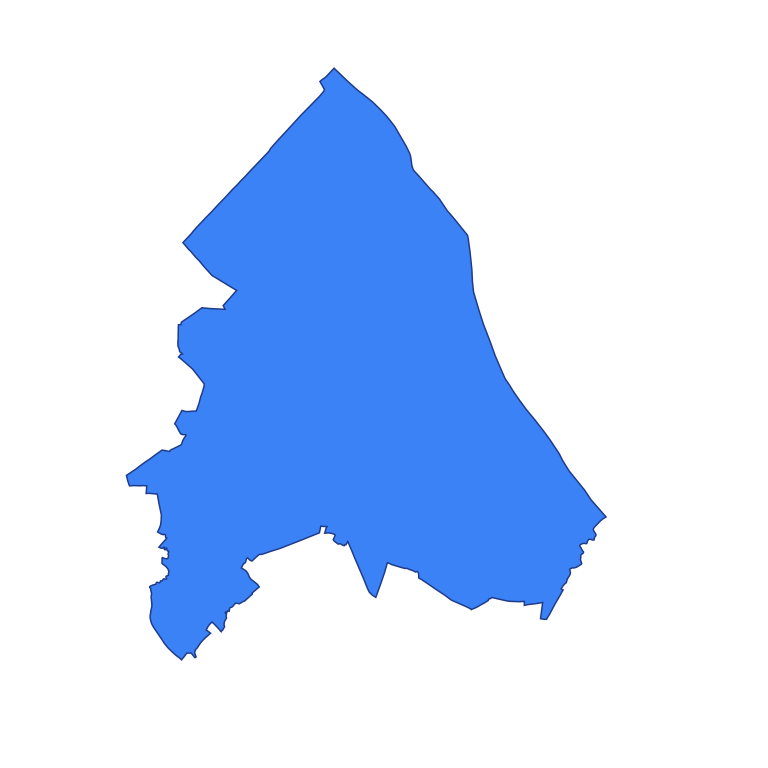 the district of Lai Vung, Can Tho, Vietnam, rotated 189°
{"feature_id": "81297802B97779454887068", "entity_name": "Lai Vung", "entity_type": "district", "adm_level": 2, "iso_a3": "VNM", "parent_name": "Vietnam", "parent_adm1": "Can Tho", "projection": "orthographic", "projection_center": [105.672, 10.244], "detail": "fine", "context": "isolated", "style": "filled", "palette": "blue", "viewbox_px": 768, "rotation_deg": 189, "n_neighbors": 0, "source": "geoboundaries", "source_scale": "gbopen_adm2", "svg_char_len": 6131}
<svg xmlns="http://www.w3.org/2000/svg" viewBox="0 0 768 768"><g transform="rotate(189 384 384)"><path d="M604.7,492.2L598.3,486.6L595.9,485.0L589.9,479.8L585.7,476.7L581.0,472.5L570.9,464.3L550.7,456.0L544.2,453.4L550.7,443.1L555.1,436.3L552.7,432.9L567.6,431.3L575.8,430.8L582.5,424.0L593.8,413.4L593.8,410.9L596.3,410.4L595.7,405.3L594.4,396.4L594.1,392.7L593.4,389.2L591.6,386.1L590.9,384.0L587.8,382.2L589.4,381.4L591.2,378.5L588.2,376.9L576.0,369.2L574.2,367.7L561.6,356.0L561.4,353.6L562.2,346.8L563.0,342.9L563.7,335.8L565.2,327.9L569.1,327.2L572.8,326.2L575.8,325.8L579.4,326.3L581.8,319.6L584.5,311.9L583.0,310.7L581.6,309.0L579.2,305.6L576.9,302.9L575.9,302.6L574.0,302.6L572.3,302.9L571.6,302.6L571.7,301.7L572.9,299.4L573.9,296.7L574.4,293.7L575.0,292.0L582.6,286.7L583.8,286.0L584.9,284.9L585.1,283.9L585.6,283.8L588.9,284.0L592.9,284.0L599.5,277.5L604.6,272.3L605.3,271.8L607.6,269.6L612.7,264.5L615.5,261.4L621.4,255.9L624.1,253.5L621.9,248.1L619.5,243.6L614.8,244.6L610.3,245.1L605.2,246.1L602.4,246.2L602.2,244.2L601.8,238.7L598.3,239.3L590.7,239.8L587.7,231.1L583.4,219.8L582.8,214.8L582.6,209.8L583.4,206.1L584.5,202.5L580.3,200.8L578.2,200.7L577.9,201.2L577.0,201.0L576.4,200.7L576.0,200.1L576.0,199.2L575.7,198.4L575.2,198.0L574.5,197.9L574.8,197.1L578.5,191.4L580.8,187.6L578.9,187.1L577.4,187.0L576.8,187.3L575.7,188.4L575.3,188.1L575.2,186.8L575.0,186.2L574.6,186.0L574.1,186.1L573.8,186.5L573.5,187.8L573.2,188.0L572.9,187.8L572.3,185.9L571.9,185.3L571.2,185.2L570.4,185.2L570.7,182.1L569.9,180.6L570.2,178.0L570.8,177.5L571.9,177.3L573.1,177.3L575.7,177.9L575.9,177.6L576.0,177.3L575.9,176.5L575.6,175.3L575.4,173.4L575.1,171.9L570.6,169.6L570.2,168.9L569.4,168.5L568.7,167.7L568.0,166.7L567.4,165.7L567.1,165.0L567.3,162.5L567.0,161.9L567.0,161.4L567.5,161.0L568.1,160.7L569.2,160.0L569.2,159.2L568.3,157.9L568.4,157.3L568.7,157.1L570.9,157.1L571.5,156.9L572.0,155.4L572.4,154.8L573.7,154.7L574.0,154.3L574.2,153.1L574.5,152.6L575.0,152.4L576.6,152.7L577.4,152.6L577.8,152.1L577.9,150.7L579.0,150.1L580.0,149.7L581.5,148.9L582.9,148.0L583.7,147.3L583.7,146.7L583.4,146.1L582.7,145.8L582.3,145.2L582.0,143.4L580.9,141.1L580.7,140.1L580.8,138.6L580.5,136.3L579.1,131.4L578.7,129.4L578.5,127.7L578.8,123.8L578.7,118.0L578.2,115.8L577.4,113.8L576.1,111.0L574.0,108.2L562.5,95.9L561.0,94.1L558.9,92.1L556.0,89.6L552.0,86.7L547.1,83.5L543.5,81.6L540.7,79.9L540.4,80.7L538.2,84.3L537.1,86.6L536.8,87.1L536.5,87.3L533.8,87.9L532.2,88.0L528.3,84.4L528.0,84.2L527.5,84.3L527.1,84.6L527.0,84.8L527.0,85.2L528.9,88.8L529.0,89.4L528.8,90.6L528.5,92.1L528.3,92.7L527.1,94.2L525.1,98.8L523.3,101.9L520.5,105.7L516.3,110.7L521.1,113.3L519.8,117.2L518.5,119.5L516.6,122.0L513.1,119.6L507.9,115.5L507.0,114.5L506.0,113.9L505.7,114.8L504.7,116.0L504.3,117.4L503.6,118.8L503.6,119.2L503.6,119.8L504.3,121.1L504.4,121.9L504.4,123.8L504.3,124.7L502.9,128.4L503.6,129.7L503.6,132.5L503.8,132.6L504.9,132.9L505.1,133.3L505.1,133.6L504.7,134.0L504.3,134.1L503.5,134.0L503.3,134.1L503.3,135.0L502.8,135.6L502.3,135.6L501.8,135.4L501.5,135.2L501.3,135.3L501.4,138.6L498.8,140.3L497.2,143.1L495.8,144.5L492.5,144.3L490.8,145.7L489.0,147.2L487.8,147.7L481.1,156.0L481.6,156.9L475.5,164.0L477.5,166.2L480.2,167.8L482.6,169.1L484.9,170.4L486.9,172.4L488.3,174.8L489.7,176.6L491.2,177.9L494.0,179.2L496.1,179.9L495.0,183.5L494.4,184.5L493.1,185.8L492.7,187.0L492.7,188.5L492.4,189.9L491.6,191.0L490.9,190.6L489.4,189.3L488.1,188.8L486.7,188.5L480.9,195.9L480.1,196.2L478.0,196.6L469.3,201.2L461.2,205.2L439.5,217.9L430.4,223.4L424.5,226.9L424.2,233.7L421.0,233.9L418.0,234.2L418.7,232.2L419.2,227.4L415.3,228.3L411.6,228.2L409.2,227.7L408.5,227.1L409.8,222.3L408.8,221.2L404.3,218.7L402.1,219.4L400.4,218.6L398.1,218.0L397.6,219.1L396.6,219.1L395.1,222.7L390.0,214.7L386.3,208.5L373.5,188.2L368.6,179.9L365.9,176.0L362.1,173.4L358.7,172.0L356.0,186.2L354.0,197.6L352.7,208.0L350.7,207.7L348.4,206.9L339.8,205.7L334.7,205.1L332.8,205.5L328.8,204.6L325.8,204.1L323.4,203.2L321.9,204.1L321.3,203.6L320.5,202.8L320.1,201.6L319.6,199.4L319.5,198.3L319.1,197.7L316.9,197.0L309.1,193.4L301.2,189.6L290.9,184.9L283.7,181.1L275.5,178.9L267.8,176.9L263.2,175.5L262.9,175.0L262.4,174.8L261.6,175.5L259.8,176.5L257.0,178.4L254.0,180.9L250.2,183.8L247.2,186.5L246.8,188.2L245.2,188.7L244.1,190.0L229.2,189.0L226.2,189.0L216.6,190.1L211.3,191.2L210.8,187.3L207.2,188.7L199.7,190.8L193.1,193.0L192.7,176.7L191.0,176.6L188.8,176.7L186.6,177.0L186.3,178.1L184.2,183.2L180.8,193.1L177.3,202.1L174.9,208.6L175.9,208.8L177.0,209.5L175.6,212.6L174.4,214.6L173.1,215.9L172.7,217.3L172.6,218.9L172.1,221.0L170.9,223.5L170.4,225.1L170.4,226.9L170.8,228.3L171.7,229.8L171.0,230.7L169.5,231.7L166.9,232.3L165.1,233.2L160.9,236.8L160.7,237.8L162.1,240.4L162.5,241.4L162.5,243.8L162.8,245.3L162.4,246.7L161.1,247.6L160.6,248.6L160.7,249.4L162.1,250.7L163.0,251.8L163.6,252.8L164.6,253.9L165.4,254.6L165.4,255.2L165.0,255.9L163.9,256.9L162.3,257.7L160.9,258.0L159.5,257.8L158.8,258.3L158.6,259.1L158.5,260.4L157.6,262.5L156.1,262.9L153.1,262.5L152.1,262.9L152.2,265.0L151.0,267.5L151.2,268.7L153.2,271.0L154.5,272.7L154.5,273.7L154.0,275.2L149.0,282.4L146.8,285.0L143.9,287.4L161.5,302.1L169.1,310.4L187.6,327.1L195.7,336.5L199.9,342.4L211.0,354.5L218.0,361.5L229.5,372.3L239.6,381.2L248.4,389.9L255.7,397.6L259.9,402.6L265.2,408.2L269.5,414.9L278.6,429.3L284.8,440.7L290.8,451.1L295.2,458.7L301.8,471.8L309.9,488.8L312.7,499.0L315.1,510.7L319.5,527.2L323.4,540.3L324.8,544.0L341.3,558.9L348.8,565.2L357.8,575.0L365.7,581.6L368.9,583.8L382.5,595.2L387.6,599.2L388.7,600.5L390.0,602.8L390.9,605.0L392.8,611.4L393.5,613.4L394.8,615.9L399.4,622.5L412.2,638.2L413.5,639.8L417.1,643.3L422.8,648.5L429.8,654.0L439.4,660.8L450.1,666.9L454.3,669.1L458.3,671.5L467.4,677.4L482.7,688.1L489.1,678.7L490.2,677.4L492.9,674.8L494.6,672.8L489.0,665.7L489.2,663.9L492.1,659.0L495.0,654.8L507.8,636.9L522.0,615.5L525.7,610.1L532.7,599.2L534.1,595.7L547.7,576.1L551.7,570.2L553.3,567.7L558.0,561.2L559.1,559.3L564.4,552.0L569.8,543.8L575.1,536.3L580.7,527.9L586.6,519.6L593.4,509.7L596.5,504.8L597.4,503.0L604.7,492.2Z" fill="#3b82f6" stroke="#1e3a8a" stroke-width="1.5"/></g></svg>